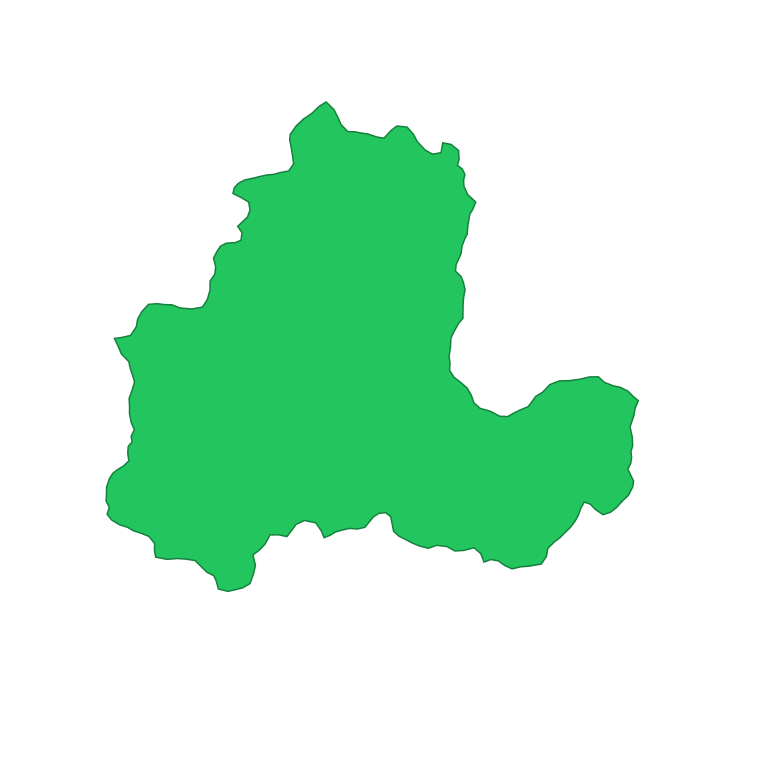 Nova Resende, Minas Gerais, Brazil, rotated 110°
{"feature_id": "56859067B48705702609231", "entity_name": "Nova Resende", "entity_type": "district", "adm_level": 2, "iso_a3": "BRA", "parent_name": "Brazil", "parent_adm1": "Minas Gerais", "projection": "natural_earth1", "projection_center": [-46.418, -21.083], "detail": "fine", "context": "isolated", "style": "filled", "palette": "green", "viewbox_px": 768, "rotation_deg": 110, "n_neighbors": 0, "source": "geoboundaries", "source_scale": "gbopen_adm2", "svg_char_len": 3219}
<svg xmlns="http://www.w3.org/2000/svg" viewBox="0 0 768 768"><g transform="rotate(110 384 384)"><path d="M312.7,139.3L310.6,145.3L307.3,152.4L306.3,160.8L307.3,168.2L307.1,177.3L303.9,185.0L307.1,193.4L312.5,201.5L317.4,210.9L321.2,220.4L327.8,227.9L337.2,232.0L343.8,237.2L350.6,239.1L356.1,240.9L362.3,247.7L367.6,252.7L372.3,256.6L374.7,264.2L373.2,274.7L374.0,285.3L370.9,293.1L364.6,298.2L359.4,304.5L356.4,312.0L353.8,320.4L348.7,327.1L342.3,328.9L335.7,332.3L327.1,334.0L318.0,336.8L310.4,336.1L301.2,334.5L295.4,332.3L289.6,334.3L282.2,336.9L275.8,338.7L267.5,340.1L261.3,344.2L256.6,348.4L253.4,355.5L246.8,357.1L240.7,356.5L234.8,356.2L228.1,357.8L220.6,357.8L214.7,357.1L206.7,359.3L195.2,361.4L189.3,360.3L181.7,360.0L177.4,370.1L171.0,376.4L165.4,378.9L159.5,379.6L155.3,383.8L153.3,389.8L147.4,390.2L139.1,393.8L135.9,402.8L137.3,411.3L147.1,409.5L151.4,416.9L150.1,425.2L145.0,435.4L139.1,442.0L134.7,450.2L137.1,460.0L143.3,464.1L153.0,468.1L154.4,475.3L154.5,484.2L155.9,490.8L156.9,497.5L159.2,504.4L154.8,513.3L149.4,518.3L143.3,524.8L138.8,534.9L145.4,540.0L154.1,544.2L162.7,550.4L171.3,554.7L181.4,557.5L187.0,556.0L192.7,552.6L200.2,548.3L208.0,544.2L216.5,546.5L220.8,553.9L224.7,559.2L227.4,565.1L231.0,570.9L235.1,577.0L239.8,584.5L244.9,589.3L250.7,591.8L256.6,591.1L257.5,583.0L259.4,573.3L266.4,569.4L273.8,569.4L280.8,572.9L285.9,575.4L290.5,569.1L297.9,567.6L302.0,572.1L305.6,580.3L310.3,584.8L316.2,586.2L324.0,587.3L331.3,582.3L338.4,580.6L346.9,582.6L355.3,579.6L365.3,578.9L373.8,581.0L379.2,590.1L382.3,601.6L382.1,610.4L384.5,617.5L386.0,624.4L389.7,632.5L398.6,636.3L407.2,637.7L414.9,636.3L425.1,638.8L430.0,646.4L433.4,652.9L439.4,646.8L445.6,641.0L450.3,631.4L456.4,627.6L462.0,623.1L467.5,619.1L475.7,618.6L484.6,618.6L492.5,615.3L499.0,613.0L506.7,608.3L512.3,603.0L519.7,603.7L524.6,600.9L530.0,603.0L536.5,601.2L543.6,597.5L550.4,600.9L555.7,605.2L560.7,608.3L567.2,609.7L575.8,609.4L583.4,606.8L589.0,605.2L593.7,600.0L601.1,599.6L604.9,593.5L606.7,584.5L606.4,575.6L607.6,569.4L607.3,562.0L607.6,552.8L612.4,544.9L618.5,543.0L624.8,539.3L623.0,528.0L618.6,518.3L616.2,509.8L614.5,501.0L618.5,492.6L621.5,485.9L622.4,478.2L626.6,474.2L633.3,469.5L632.2,459.6L628.1,453.3L624.1,447.3L617.4,441.7L606.8,441.7L598.3,442.8L589.4,448.7L582.6,444.2L575.1,441.0L564.8,439.5L561.7,431.2L560.6,423.1L553.3,420.7L546.0,418.6L539.5,412.2L537.8,400.6L543.6,392.5L548.9,387.8L544.8,383.1L539.7,379.0L535.0,372.6L531.5,367.0L529.4,359.6L525.2,352.9L518.4,350.6L512.3,348.4L507.5,344.8L504.3,338.6L506.4,332.3L513.5,328.0L519.1,324.6L521.8,318.3L522.7,311.0L523.8,302.9L524.1,294.7L523.2,286.1L517.6,279.4L515.2,268.9L516.7,260.4L513.2,252.3L507.1,243.3L510.3,235.1L517.1,229.1L512.4,223.5L511.1,216.1L513.3,208.5L513.9,200.4L509.0,193.0L505.6,185.4L499.4,174.6L490.5,172.4L482.4,173.8L473.7,169.7L468.3,166.1L463.0,163.7L455.1,159.8L447.9,157.6L440.6,156.5L433.5,156.5L426.4,155.5L426.4,148.9L429.4,143.0L431.9,133.5L427.2,127.4L420.4,123.2L413.7,120.5L404.8,116.2L395.7,115.1L390.0,116.2L385.7,120.5L380.6,125.8L374.4,125.0L368.5,126.1L363.2,128.8L357.0,129.2L349.0,132.5L340.2,138.1L328.0,138.4L321.0,139.7L312.7,139.3Z" fill="#22c55e" stroke="#15803d" stroke-width="1.5"/></g></svg>